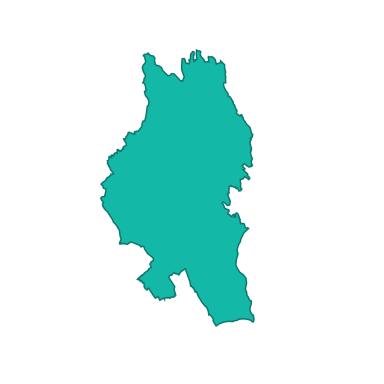 the district of Ardee Lea-6, Louth, Ireland, rotated 61°
{"feature_id": "5873133B98086602368419", "entity_name": "Ardee Lea-6", "entity_type": "district", "adm_level": 2, "iso_a3": "IRL", "parent_name": "Ireland", "parent_adm1": "Louth", "projection": "robinson", "projection_center": [-6.488, 53.872], "detail": "fine", "context": "isolated", "style": "filled", "palette": "teal", "viewbox_px": 384, "rotation_deg": 61, "n_neighbors": 0, "source": "geoboundaries", "source_scale": "gbopen_adm2", "svg_char_len": 6068}
<svg xmlns="http://www.w3.org/2000/svg" viewBox="0 0 384 384"><g transform="rotate(61 192 192)"><path d="M202.3,280.4L203.0,279.4L202.6,278.8L203.5,278.2L203.6,276.9L205.1,275.8L205.4,274.8L206.4,273.9L206.0,269.6L212.9,263.9L215.4,263.1L215.1,262.5L216.3,260.5L218.6,261.1L224.1,260.7L231.2,257.9L233.2,259.0L233.1,259.6L233.5,260.4L233.1,261.4L233.8,262.0L234.6,263.8L238.0,264.1L238.4,267.4L239.1,267.6L239.8,273.2L240.5,274.2L240.4,276.3L240.9,276.2L240.8,278.1L241.4,279.6L241.1,279.7L242.0,282.1L242.8,281.5L243.0,280.4L245.0,280.5L244.9,279.3L247.6,279.3L247.6,278.5L247.9,278.2L249.9,278.7L251.6,279.8L253.7,279.8L256.0,278.8L255.2,277.5L255.1,276.5L265.3,275.9L267.2,275.4L267.0,273.3L267.1,272.4L271.1,272.6L270.9,269.9L271.4,268.2L272.3,268.1L271.6,267.8L272.3,264.8L272.8,264.7L273.0,263.3L274.8,263.1L274.3,263.1L273.9,261.3L274.9,259.4L275.0,257.6L273.8,257.4L274.2,256.2L268.4,254.9L267.6,254.4L266.5,253.0L255.3,253.8L254.5,252.3L254.3,251.0L254.9,250.1L254.1,248.2L253.9,246.4L254.9,246.4L256.0,245.6L256.8,244.2L258.0,243.9L258.0,243.3L256.5,241.0L255.8,235.1L269.5,237.3L273.6,238.8L273.7,238.1L275.2,238.0L276.5,237.2L277.0,237.6L277.8,237.3L281.1,237.7L281.4,236.4L286.1,237.0L294.0,236.7L298.7,235.7L299.0,235.0L303.5,235.4L307.7,236.8L307.6,236.0L311.3,235.0L313.6,235.1L315.4,236.1L320.8,235.8L320.5,231.7L321.0,227.8L322.5,223.4L325.1,219.0L325.2,217.2L326.2,214.6L325.8,213.4L326.8,210.7L328.8,207.0L330.5,204.9L332.8,202.7L334.0,202.5L335.3,201.7L335.1,201.1L333.6,199.6L329.7,198.1L327.4,199.0L323.7,198.7L321.6,197.5L318.8,194.7L316.2,192.9L315.2,193.4L315.7,193.4L315.6,193.6L314.2,194.1L310.7,193.8L309.4,194.1L305.7,192.7L302.7,192.4L298.1,188.4L293.7,186.6L288.9,187.4L285.5,189.1L280.5,189.4L276.8,188.9L272.7,186.0L268.1,181.5L265.8,181.2L263.8,180.2L260.7,176.8L258.9,173.9L256.4,171.6L252.7,166.0L251.3,160.2L250.3,160.7L250.6,161.4L249.9,162.0L248.5,162.6L245.6,161.8L244.8,162.0L243.4,163.9L243.6,164.7L243.3,164.9L242.3,164.8L241.1,164.0L240.4,164.2L239.5,163.2L238.7,163.5L237.3,162.9L237.2,163.3L234.3,162.4L232.8,162.9L232.5,162.7L231.9,163.4L232.3,165.4L234.9,165.8L235.1,166.0L235.0,166.5L234.7,167.0L231.8,166.8L231.9,168.2L233.1,169.3L230.7,170.2L230.0,170.0L228.8,171.4L228.0,171.1L226.8,168.9L225.7,168.4L222.4,171.2L217.6,170.7L216.5,171.1L215.8,170.0L216.3,169.2L218.1,168.3L220.9,167.6L221.5,166.3L221.4,165.2L218.5,163.0L211.0,162.1L210.9,161.7L211.5,161.6L210.9,161.1L210.8,159.9L208.8,159.4L207.6,158.2L205.3,157.0L205.4,156.2L205.0,154.9L206.3,154.9L206.9,153.8L209.0,152.1L208.9,151.6L210.5,151.6L210.4,150.3L213.8,150.5L214.5,148.8L213.6,147.0L212.8,147.5L211.0,147.0L207.6,145.0L206.3,144.7L204.3,143.5L205.0,142.2L205.2,140.6L204.1,138.6L206.6,137.0L208.6,136.4L208.3,135.3L207.7,134.7L204.4,135.4L203.3,134.6L197.3,136.5L197.9,135.5L197.4,134.5L193.5,135.5L193.3,135.2L193.3,134.3L192.6,133.5L192.6,132.6L197.6,130.3L198.4,128.2L198.4,127.5L197.7,127.2L198.1,126.3L195.6,126.0L193.4,125.1L193.0,123.9L191.7,122.9L189.4,122.9L185.5,121.5L184.6,120.8L184.6,120.1L183.8,120.2L183.4,119.4L182.5,118.7L180.0,118.4L179.3,117.9L178.8,118.2L177.6,117.9L177.4,117.4L175.6,116.4L175.5,115.7L174.6,114.7L174.1,114.5L173.5,115.0L173.0,113.9L173.4,113.3L172.9,112.3L172.1,112.2L171.4,111.1L169.2,111.4L163.7,110.0L159.1,111.4L155.4,111.5L153.7,111.9L151.4,111.2L150.2,111.6L149.0,111.0L148.2,111.5L148.9,113.0L144.9,115.1L143.8,114.4L143.5,113.8L141.9,113.1L139.9,113.4L136.6,112.7L134.8,113.1L133.4,112.4L127.8,112.5L126.3,113.1L125.6,114.0L123.4,112.8L119.3,113.3L116.0,113.1L114.2,112.8L112.5,111.8L112.0,111.1L112.8,109.5L108.6,107.5L107.5,106.5L105.7,106.3L103.3,104.4L98.9,103.2L96.8,101.9L96.1,101.9L91.2,103.4L92.9,104.3L92.6,104.7L91.9,108.7L87.7,107.6L86.1,107.7L83.5,108.8L82.6,110.9L81.5,111.9L82.0,112.5L84.3,113.2L86.2,114.3L85.6,114.8L84.9,117.5L83.9,118.0L83.1,117.4L81.7,117.4L78.5,118.3L75.8,118.2L73.4,116.3L72.4,116.9L71.5,118.4L70.1,119.2L72.9,121.1L78.4,123.6L77.8,125.1L78.9,126.2L78.9,127.0L77.0,126.6L74.9,125.2L73.7,124.9L73.0,123.6L71.0,122.6L70.3,122.4L69.5,123.3L70.9,126.4L75.1,129.1L75.0,130.6L76.0,131.0L76.9,130.5L78.4,132.6L77.2,133.4L76.8,134.4L76.0,134.9L73.0,134.0L71.4,134.2L70.7,136.0L75.7,139.3L80.4,141.8L87.5,143.0L90.5,146.7L89.7,147.1L89.3,148.1L80.4,150.3L78.8,151.9L78.7,153.3L79.1,154.3L79.2,155.5L78.7,156.6L71.3,158.8L69.6,158.4L67.5,158.7L65.2,160.1L64.1,161.6L62.1,162.4L61.3,161.7L58.7,161.1L56.9,159.5L54.4,159.9L52.6,162.1L49.2,163.1L49.6,164.7L48.7,166.7L48.8,168.1L49.4,168.4L51.5,167.9L53.3,168.8L54.5,168.8L55.7,169.6L56.7,170.8L57.2,172.6L58.0,173.9L59.1,175.1L62.7,176.1L67.8,176.3L69.6,178.2L69.7,179.1L71.0,179.7L72.7,182.1L73.4,181.2L75.8,181.1L81.0,182.9L80.9,184.7L81.1,184.9L85.3,186.0L88.3,185.3L91.8,185.7L94.7,187.6L95.4,189.6L102.7,195.0L107.1,199.0L106.2,200.4L108.4,203.0L109.9,203.3L112.4,208.5L112.6,209.6L112.3,210.8L111.8,211.1L111.5,213.2L112.3,213.9L113.6,213.7L112.5,215.8L111.2,216.3L109.3,218.0L109.2,219.1L110.1,219.7L111.6,222.1L111.5,222.7L113.4,224.1L112.7,225.0L112.4,226.0L114.5,226.2L117.3,225.9L118.9,226.6L119.5,227.6L119.1,229.2L119.3,230.2L120.6,230.9L120.8,231.3L120.5,231.6L121.2,231.8L121.0,232.5L121.3,232.8L121.4,233.9L121.8,234.2L121.6,234.5L121.1,234.7L121.3,234.9L120.7,235.5L120.9,235.8L120.0,235.9L119.5,236.5L119.1,236.1L118.7,236.8L121.7,238.7L120.9,239.0L120.6,241.3L122.5,243.1L120.9,243.9L120.8,244.8L122.7,245.6L121.1,246.5L121.2,247.2L121.0,247.5L121.3,247.9L122.7,248.3L124.0,250.3L123.7,250.8L126.0,251.7L126.2,252.2L128.0,251.9L128.6,252.2L129.1,252.0L129.3,252.3L131.3,252.0L132.9,252.5L137.8,251.6L138.2,252.2L138.0,253.0L137.0,254.1L137.9,254.5L138.0,256.0L138.6,257.3L138.3,258.0L138.6,260.1L139.2,260.4L140.1,262.5L140.4,266.1L141.1,267.7L143.8,267.0L145.7,267.6L147.7,265.9L149.2,266.7L153.7,270.7L152.6,272.5L153.1,274.8L155.3,275.0L158.1,274.4L158.9,275.9L161.1,276.9L164.3,276.7L168.7,275.5L177.8,274.9L180.1,275.3L184.4,274.2L190.4,274.1L195.6,276.2L199.0,276.9L201.0,279.6L201.4,279.3L201.6,279.9L202.6,279.9L202.1,280.1L202.3,280.4Z" fill="#14b8a6" stroke="#0f766e" stroke-width="1.5"/></g></svg>